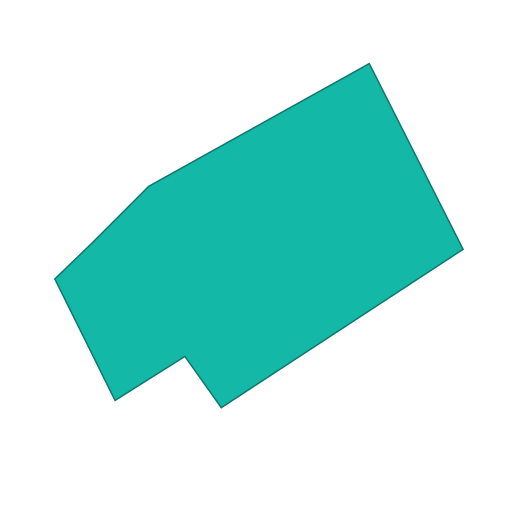 outline of Fayyum City, Al Fayyum, Egypt, rotated 240°
{"feature_id": "37247803B49261326337106", "entity_name": "Fayyum City", "entity_type": "district", "adm_level": 2, "iso_a3": "EGY", "parent_name": "Egypt", "parent_adm1": "Al Fayyum", "projection": "equal_earth", "projection_center": [30.883, 29.214], "detail": "fine", "context": "isolated", "style": "filled", "palette": "teal", "viewbox_px": 512, "rotation_deg": 240, "n_neighbors": 0, "source": "geoboundaries", "source_scale": "gbopen_adm2", "svg_char_len": 301}
<svg xmlns="http://www.w3.org/2000/svg" viewBox="0 0 512 512"><g transform="rotate(240 256 256)"><path d="M370.0,198.0L369.1,194.7L349.2,120.5L336.7,70.3L201.4,61.7L204.6,144.2L142.0,150.1L158.0,433.9L158.2,438.7L366.0,450.3L370.0,198.0Z" fill="#14b8a6" stroke="#0f766e" stroke-width="1.5"/></g></svg>